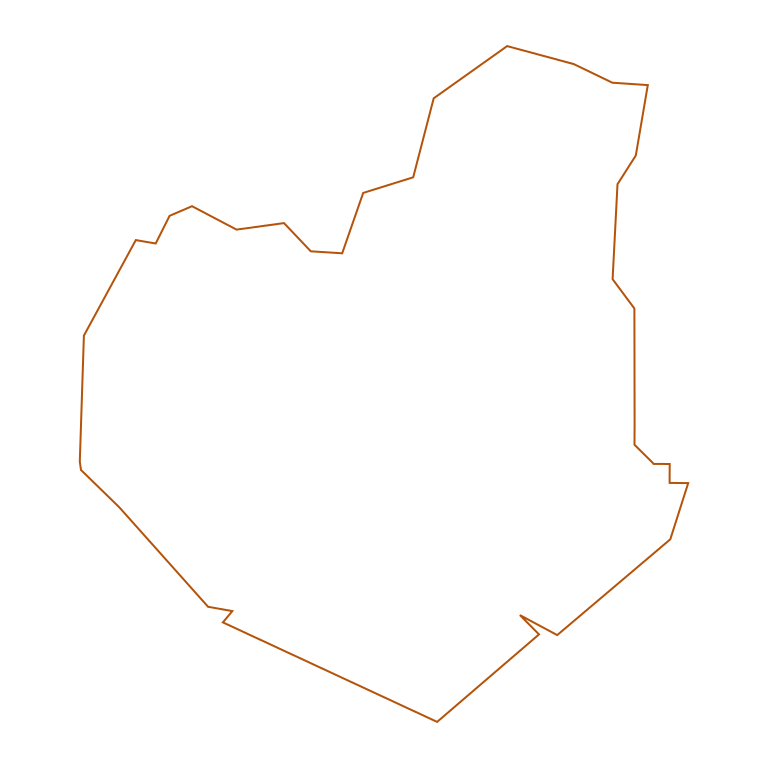 the district of Lumpkin, Georgia, United States of America
{"feature_id": "52423323B56072812180276", "entity_name": "Lumpkin", "entity_type": "district", "adm_level": 2, "iso_a3": "USA", "parent_name": "United States of America", "parent_adm1": "Georgia", "projection": "natural_earth1", "projection_center": [-83.992, 34.58], "detail": "fine", "context": "isolated", "style": "outline", "palette": "amber", "viewbox_px": 768, "rotation_deg": 0, "n_neighbors": 0, "source": "geoboundaries", "source_scale": "gbopen_adm2", "svg_char_len": 586}
<svg xmlns="http://www.w3.org/2000/svg" viewBox="0 0 768 768"><path d="M83.9,335.6L79.8,461.7L81.0,470.0L119.1,507.1L208.1,606.8L232.3,611.1L222.9,622.4L437.1,721.9L539.0,634.4L519.9,615.1L557.2,635.1L670.3,539.3L688.2,483.1L669.6,482.9L669.7,464.0L653.5,463.9L652.7,462.8L634.5,444.8L634.6,423.6L634.4,308.5L612.6,279.2L617.5,184.2L635.8,155.5L647.8,85.1L612.3,82.7L573.8,64.1L507.1,46.1L433.7,98.3L413.2,177.3L363.2,192.9L342.2,253.3L310.8,251.3L284.0,223.1L236.5,229.6L192.0,206.2L169.6,215.8L155.7,243.5L135.8,240.1L83.9,335.6Z" fill="none" stroke="#b45309" stroke-width="2"/></svg>